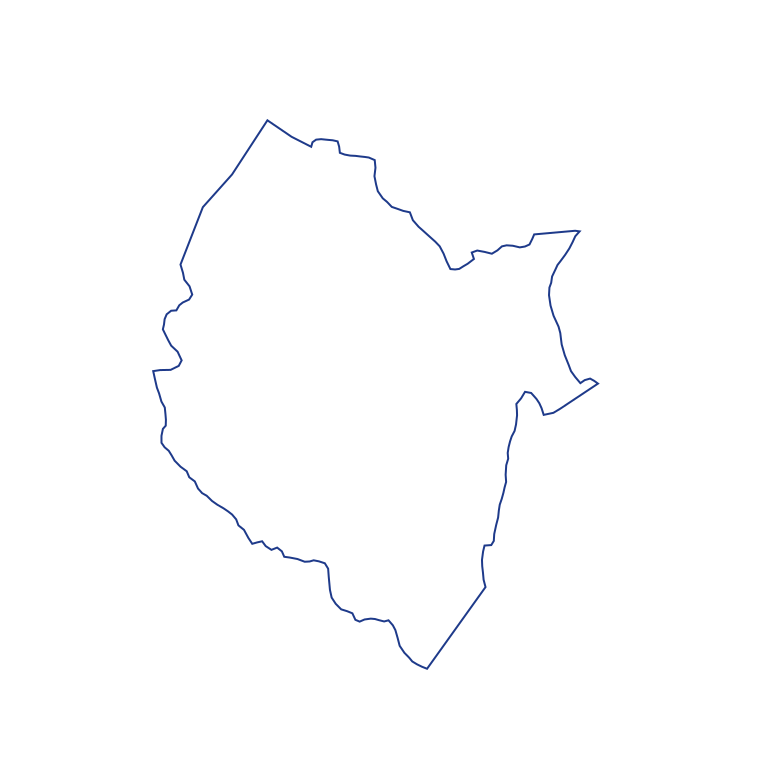 outline of Pintadas, Bahia, Brazil, rotated 344°
{"feature_id": "56859067B59210103184230", "entity_name": "Pintadas", "entity_type": "district", "adm_level": 2, "iso_a3": "BRA", "parent_name": "Brazil", "parent_adm1": "Bahia", "projection": "equal_earth", "projection_center": [-39.885, -11.874], "detail": "fine", "context": "isolated", "style": "outline", "palette": "blue", "viewbox_px": 768, "rotation_deg": 344, "n_neighbors": 0, "source": "geoboundaries", "source_scale": "gbopen_adm2", "svg_char_len": 2817}
<svg xmlns="http://www.w3.org/2000/svg" viewBox="0 0 768 768"><g transform="rotate(344 384 384)"><path d="M274.8,574.9L277.0,582.0L280.7,588.8L285.9,592.2L290.4,595.7L291.5,602.8L295.1,605.7L300.4,605.0L306.6,605.9L310.5,607.4L314.2,609.7L318.7,612.3L323.2,612.4L326.0,618.4L327.1,623.7L327.1,631.7L326.9,640.0L329.5,648.0L332.7,653.9L334.7,658.5L338.5,662.6L342.5,666.2L346.9,669.6L425.6,607.2L425.8,599.6L427.1,592.8L428.2,586.2L429.7,580.1L433.1,572.3L436.1,567.0L442.7,568.4L446.3,565.1L448.6,558.6L453.0,550.4L456.9,543.8L459.5,537.3L462.0,531.9L465.5,526.9L468.8,521.5L471.4,516.7L474.4,511.8L475.9,504.8L479.1,495.8L482.8,490.0L483.9,484.4L486.4,479.0L489.3,474.0L492.3,469.6L496.6,465.1L499.8,459.2L503.3,450.7L504.6,445.5L505.7,439.7L511.8,435.6L517.4,430.4L523.0,433.2L526.4,440.3L528.0,445.3L528.8,450.7L529.0,457.7L538.9,458.4L546.7,456.3L589.8,442.6L586.9,438.9L583.6,435.6L578.0,435.6L573.0,437.3L569.7,429.9L567.3,423.2L566.8,416.7L565.7,406.1L565.7,395.0L566.5,389.8L567.5,383.6L567.6,377.0L565.8,365.1L565.7,354.5L567.1,344.1L569.6,336.9L572.6,332.8L575.2,327.0L580.6,320.9L583.6,317.4L587.3,314.7L593.7,309.8L599.5,304.8L604.4,299.6L608.6,294.7L614.1,291.2L610.0,289.4L569.6,281.6L566.6,285.3L562.3,290.0L557.4,290.7L552.2,290.1L545.9,286.6L540.1,284.5L535.3,284.2L529.9,286.8L523.6,288.5L517.2,284.8L510.4,281.4L504.6,281.8L504.9,288.6L497.5,291.5L492.8,292.7L488.0,294.1L483.9,293.5L479.5,291.8L478.0,283.3L477.2,275.1L475.5,267.0L472.5,261.3L469.6,256.7L466.4,251.6L463.6,247.1L460.6,242.4L456.9,234.5L456.2,226.1L450.2,222.9L445.6,219.6L440.3,215.9L437.1,209.8L434.0,205.2L431.2,197.0L431.4,190.0L432.1,181.6L435.4,173.8L436.8,166.2L431.8,162.1L428.0,160.4L423.8,158.7L419.6,156.9L414.4,155.1L409.4,152.6L405.3,149.6L406.3,143.5L406.3,138.0L401.9,135.6L396.0,133.3L391.0,131.3L386.1,130.4L381.9,131.9L379.4,135.9L363.3,120.9L344.6,98.4L295.7,140.7L258.6,164.1L221.3,213.1L221.4,221.8L220.8,228.7L224.0,236.5L224.3,245.2L219.9,249.1L213.0,250.2L208.9,251.9L204.7,256.0L199.6,254.9L194.3,257.1L191.0,261.2L188.9,266.2L186.5,270.5L187.6,276.7L188.7,282.7L190.0,288.5L194.5,296.1L196.0,305.5L191.7,310.0L182.8,311.6L172.6,308.9L165.7,308.0L165.2,315.7L164.7,324.9L165.2,331.0L165.2,339.5L166.8,346.2L165.6,352.8L164.5,358.3L162.7,363.9L159.1,366.2L155.8,372.5L153.9,379.2L155.7,384.4L158.7,388.9L160.1,393.8L161.6,400.0L165.6,407.4L170.3,413.5L171.1,420.0L175.3,425.5L176.4,433.2L179.1,438.8L182.8,442.6L186.5,449.1L190.6,454.2L195.6,459.4L199.0,463.5L202.0,467.6L204.6,473.4L205.1,479.8L209.2,485.6L211.2,494.6L213.3,501.3L218.3,501.3L223.5,501.6L225.6,507.2L230.1,512.4L236.2,511.8L239.7,516.7L240.5,522.6L245.7,524.9L252.6,528.4L258.8,533.0L263.6,534.1L267.8,534.1L272.5,536.5L277.7,540.0L279.4,546.1L277.7,554.3L275.3,567.0L274.8,574.9Z" fill="none" stroke="#1e3a8a" stroke-width="2"/></g></svg>